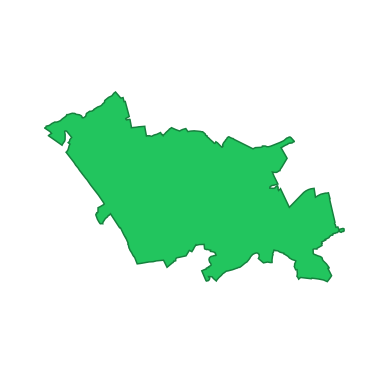 Trusesti, Botosani, Romania, rotated 100°
{"feature_id": "2599482B20479262560509", "entity_name": "Trusesti", "entity_type": "district", "adm_level": 2, "iso_a3": "ROU", "parent_name": "Romania", "parent_adm1": "Botosani", "projection": "albers", "projection_center": [26.998, 47.76], "detail": "fine", "context": "isolated", "style": "filled", "palette": "green", "viewbox_px": 384, "rotation_deg": 100, "n_neighbors": 0, "source": "geoboundaries", "source_scale": "gbopen_adm2", "svg_char_len": 6047}
<svg xmlns="http://www.w3.org/2000/svg" viewBox="0 0 384 384"><g transform="rotate(100 192 192)"><path d="M272.3,233.5L271.3,230.3L268.3,222.1L267.4,218.2L266.0,215.1L264.1,208.2L270.5,203.5L264.9,198.8L264.8,198.5L263.9,198.0L263.3,197.9L263.3,197.5L262.5,196.1L261.1,196.4L260.2,196.2L259.7,195.8L259.2,195.0L258.8,193.9L255.9,186.8L250.0,184.5L250.8,181.8L248.0,180.6L246.4,180.2L243.3,178.9L243.7,178.5L242.5,175.7L241.5,171.0L245.6,169.8L245.9,169.5L246.2,167.4L245.9,167.0L245.9,166.4L246.2,164.0L246.1,163.6L247.3,163.5L247.2,161.9L247.3,160.3L247.7,158.8L248.3,158.6L248.5,158.2L250.6,157.0L250.4,157.3L250.3,157.7L250.6,158.4L250.6,158.9L251.3,160.0L252.3,162.2L253.7,163.3L254.2,163.5L255.8,163.5L258.0,162.4L258.5,161.7L259.7,160.8L260.6,160.5L261.0,160.6L262.9,162.8L263.4,162.5L263.7,163.3L264.5,164.6L265.0,164.8L265.4,164.6L266.3,166.3L267.9,168.7L276.5,163.1L277.2,162.4L276.5,160.6L275.3,159.7L273.9,159.6L273.4,159.8L272.9,160.7L272.4,161.0L272.0,157.5L273.4,156.0L275.4,152.6L274.5,152.3L271.5,150.6L269.0,148.6L267.1,147.5L265.8,146.1L264.0,144.5L263.6,143.2L261.4,138.4L259.7,135.5L258.9,133.9L258.3,133.3L257.9,131.9L256.6,130.6L252.6,127.2L251.3,125.7L247.6,123.7L245.5,123.0L243.0,121.4L241.7,119.7L240.9,118.3L240.8,117.1L240.9,116.5L241.8,115.3L241.8,115.0L244.3,114.6L246.0,115.1L249.4,109.3L247.8,105.3L247.9,103.6L247.8,102.0L247.5,100.9L245.0,101.4L241.0,101.6L239.7,101.3L238.5,101.9L236.5,101.2L235.0,101.3L234.9,100.4L235.3,99.2L235.0,98.4L235.1,97.0L235.8,95.4L236.0,94.7L236.4,90.8L237.0,90.8L237.2,89.9L238.7,86.2L240.0,84.6L241.1,81.8L241.7,77.9L242.7,77.8L245.2,78.5L246.0,78.1L247.5,78.4L250.6,76.4L250.2,75.1L254.4,74.0L256.9,74.0L257.6,73.0L259.3,71.8L257.4,70.3L257.3,70.0L256.7,59.4L256.6,59.2L256.0,59.0L255.7,52.3L255.8,47.2L256.8,43.2L252.6,41.0L250.2,40.0L243.6,44.9L243.3,44.8L243.0,43.8L242.6,43.9L239.5,47.1L236.9,50.9L235.8,51.8L234.5,52.3L233.9,52.9L233.3,54.4L232.9,57.6L232.7,58.0L232.1,61.0L231.5,61.9L227.5,62.8L226.9,62.0L226.7,61.2L226.5,59.1L226.0,59.2L225.5,58.8L222.1,54.7L220.3,55.5L220.1,54.9L218.7,55.6L216.0,51.9L215.7,51.9L215.5,52.5L213.5,49.6L213.1,49.1L212.1,48.9L210.9,47.9L210.3,47.2L210.1,46.4L210.1,46.0L209.4,45.8L208.6,45.9L207.9,44.5L207.9,43.9L207.5,43.7L207.2,43.0L207.0,42.8L206.8,42.1L206.6,41.6L204.6,40.6L204.4,40.2L205.1,40.0L205.5,39.6L205.8,38.1L204.6,36.7L204.6,36.0L204.4,35.7L203.3,35.5L201.8,36.0L201.7,36.5L201.7,37.1L203.4,40.9L201.1,42.3L201.8,44.1L199.3,45.2L198.4,46.1L197.9,46.2L197.1,45.9L196.9,46.0L176.0,54.9L174.3,55.4L174.3,55.1L169.1,57.5L169.4,58.3L169.7,58.9L169.8,59.9L170.1,60.8L171.8,64.7L173.6,67.1L175.7,69.5L167.2,72.4L168.2,75.4L169.4,77.7L171.2,80.1L173.1,81.9L190.2,93.5L173.4,105.4L174.0,105.7L174.5,106.3L175.5,107.0L174.5,107.7L172.8,107.9L172.2,108.2L171.9,108.6L171.3,108.6L171.1,109.1L172.5,110.5L173.8,111.2L174.3,112.7L174.4,113.4L174.4,113.9L174.7,116.1L173.8,116.2L173.4,116.1L171.8,114.6L170.8,111.9L169.2,108.8L162.0,114.1L158.4,116.3L158.4,114.2L158.0,112.2L157.7,111.7L155.8,109.6L155.7,109.1L154.0,108.9L152.5,108.1L142.3,104.2L132.9,112.0L132.2,111.0L129.7,108.1L128.5,106.2L127.6,105.5L126.7,103.9L126.8,103.3L126.1,101.7L125.2,101.0L124.7,100.1L124.3,100.1L121.3,103.9L120.8,105.1L121.2,106.1L122.1,107.2L122.5,108.1L125.5,110.5L127.9,113.9L133.1,122.3L134.1,124.4L134.3,125.4L134.4,126.2L134.0,127.5L134.3,129.8L134.4,130.2L134.6,130.0L135.3,130.8L136.0,131.8L137.3,137.3L138.9,139.4L132.9,159.6L132.2,160.9L132.3,161.4L131.8,163.5L131.2,165.3L132.2,166.6L133.6,167.0L135.1,168.0L136.4,168.4L136.7,168.7L138.3,169.5L140.1,170.0L140.8,169.9L141.3,169.5L142.3,169.8L142.7,170.3L141.4,172.4L139.2,175.4L138.4,177.2L140.1,177.8L140.2,178.2L140.0,178.8L139.1,180.0L136.8,183.8L136.4,184.1L135.1,186.5L134.8,186.8L134.2,186.8L133.8,188.5L133.2,188.6L132.4,189.2L130.8,192.0L131.0,193.2L130.9,193.9L131.0,195.9L131.4,200.5L132.2,203.7L133.2,206.6L130.6,209.1L131.9,211.8L132.9,213.4L134.1,214.8L133.4,218.7L132.2,223.4L133.5,224.5L133.8,225.1L134.7,225.5L138.2,228.2L139.5,228.9L141.0,230.2L141.5,230.3L140.5,231.3L140.7,231.9L138.9,233.3L141.5,237.0L141.8,237.9L142.7,239.6L144.0,241.1L144.2,241.5L144.0,243.4L144.1,243.7L144.0,244.1L144.3,244.7L144.3,245.5L144.8,246.6L136.7,249.6L135.5,249.9L137.1,255.9L137.9,258.2L139.2,262.9L138.2,263.1L131.3,265.7L131.3,266.3L132.4,269.0L132.1,269.5L131.2,270.0L128.6,266.9L114.4,273.5L114.5,274.0L114.8,274.6L111.0,276.3L111.5,277.4L111.8,278.2L111.7,278.7L106.8,284.7L108.3,286.1L111.2,287.6L113.3,290.6L116.9,293.7L117.6,293.9L118.9,293.7L120.5,295.1L122.1,296.0L123.1,296.9L124.7,299.7L127.7,303.0L128.2,302.9L129.6,304.5L130.0,305.4L130.3,306.9L132.1,308.6L132.5,309.2L133.4,309.7L134.6,309.7L136.0,309.9L137.7,311.7L137.9,313.0L136.7,313.6L136.0,314.6L135.5,316.4L135.6,319.6L135.0,321.0L135.0,321.5L135.2,321.9L135.1,322.6L135.2,323.4L135.6,324.4L137.3,327.5L137.5,328.7L139.3,329.3L142.5,332.4L144.6,334.0L146.1,336.2L146.8,337.9L146.9,339.2L148.8,341.8L151.2,344.1L152.5,347.0L153.5,347.1L154.9,348.5L154.7,347.9L157.2,342.3L158.7,340.5L160.4,342.4L161.5,343.1L168.5,328.1L166.8,327.6L163.9,326.2L162.4,326.1L157.4,326.9L154.7,327.9L153.9,327.6L153.8,326.1L159.1,320.0L161.7,321.4L163.4,321.4L164.9,322.5L166.0,320.5L167.8,321.0L171.8,321.4L174.2,322.4L174.7,322.9L183.3,313.4L185.8,311.2L188.1,308.4L190.4,306.3L191.5,305.0L192.6,303.9L192.6,303.6L193.6,302.9L194.8,301.3L195.5,300.8L196.1,299.9L196.7,299.4L198.1,297.6L202.6,293.2L211.4,283.5L217.6,277.5L218.6,276.7L218.8,276.4L219.2,276.4L219.8,276.9L222.4,279.9L223.8,281.8L228.1,281.1L229.0,282.2L229.6,281.9L229.9,282.0L230.5,282.8L231.5,282.6L235.3,280.4L237.7,278.4L239.1,277.0L239.2,276.6L238.9,275.5L238.5,274.8L238.7,274.4L237.2,274.4L233.6,272.9L232.3,272.0L231.3,271.0L229.7,270.3L229.0,269.3L227.6,268.5L239.8,257.1L240.0,256.5L239.7,256.3L240.2,255.8L245.8,251.8L248.0,250.0L247.8,250.0L248.4,249.4L253.5,246.0L254.4,246.2L255.2,245.5L258.1,244.3L258.8,243.7L260.0,243.0L262.5,240.7L264.4,239.3L265.6,238.2L265.5,237.9L266.7,236.9L272.3,233.5Z" fill="#22c55e" stroke="#15803d" stroke-width="1.5"/></g></svg>